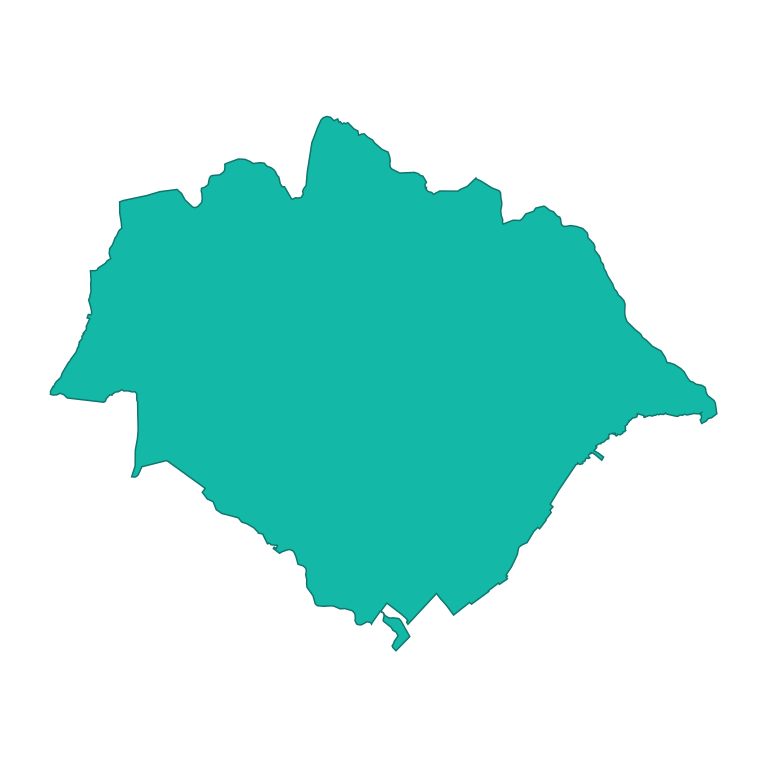 Blagesti, Bacau, Romania, rotated 181°
{"feature_id": "2599482B12123686105802", "entity_name": "Blagesti", "entity_type": "district", "adm_level": 2, "iso_a3": "ROU", "parent_name": "Romania", "parent_adm1": "Bacau", "projection": "albers", "projection_center": [26.623, 46.673], "detail": "fine", "context": "isolated", "style": "filled", "palette": "teal", "viewbox_px": 768, "rotation_deg": 181, "n_neighbors": 0, "source": "geoboundaries", "source_scale": "gbopen_adm2", "svg_char_len": 6137}
<svg xmlns="http://www.w3.org/2000/svg" viewBox="0 0 768 768"><g transform="rotate(181 384 384)"><path d="M552.0,590.2L558.9,589.5L560.9,588.8L562.2,586.5L563.3,580.3L566.6,577.6L569.9,576.5L570.1,573.6L569.3,570.7L569.0,565.6L569.5,562.3L573.6,557.8L576.0,557.1L578.4,557.5L586.2,564.7L589.6,570.8L594.3,574.9L611.5,572.4L624.4,568.3L647.5,563.0L651.5,561.5L651.2,550.3L649.6,541.4L648.9,535.1L651.1,533.4L652.3,531.4L653.8,527.6L655.4,525.4L657.8,518.6L660.7,514.5L661.0,509.3L659.4,504.5L662.9,502.4L664.8,499.7L671.8,495.0L672.9,492.8L675.4,492.2L679.5,492.2L678.7,482.8L679.0,479.6L678.6,470.9L679.6,467.3L679.3,466.6L680.8,462.9L678.7,456.2L677.7,451.7L677.6,449.3L678.2,447.9L680.8,448.4L682.0,444.9L679.3,444.1L682.8,436.1L682.3,434.7L682.8,433.5L682.8,432.4L684.1,431.5L685.6,429.4L684.8,429.1L686.9,426.4L686.5,424.4L689.4,420.7L689.6,420.1L689.2,419.8L690.1,417.5L690.0,415.8L690.9,415.0L692.5,410.3L697.9,402.9L698.3,401.5L699.8,400.1L705.9,389.3L707.3,384.9L711.3,381.0L713.0,378.6L714.1,375.5L714.8,375.8L717.3,371.0L717.3,367.8L714.9,367.2L710.7,367.5L707.8,369.1L704.1,367.8L700.4,364.5L663.9,360.9L662.3,361.9L661.4,364.6L658.0,368.4L655.7,368.1L655.1,369.3L652.4,371.3L649.5,371.6L645.9,373.7L644.1,372.5L639.9,372.7L635.8,371.7L632.8,371.9L631.0,369.9L630.9,364.1L630.6,362.7L630.1,362.4L629.0,333.6L629.6,325.0L631.5,313.4L631.4,297.7L634.7,286.8L631.4,286.6L629.7,287.4L628.1,289.1L624.7,297.0L600.7,303.5L599.3,303.3L561.0,276.6L563.8,272.5L558.5,265.8L552.8,263.4L549.5,255.4L543.8,251.7L527.3,247.7L523.8,243.4L518.9,242.0L511.7,238.0L507.4,233.7L507.0,232.7L502.7,231.9L497.9,222.5L497.4,222.1L496.8,222.9L495.2,222.4L494.1,221.3L487.7,220.8L488.8,217.6L491.0,218.9L491.8,217.6L485.5,212.9L482.8,214.6L477.0,216.7L474.8,216.7L472.4,215.7L470.8,213.9L469.0,209.8L466.8,202.3L461.8,200.8L459.6,199.1L458.6,197.1L458.4,194.7L459.0,192.3L457.8,186.9L457.9,183.5L457.4,179.3L451.3,171.1L448.9,163.1L446.8,161.2L440.4,160.7L432.7,161.3L430.2,161.0L423.9,158.4L419.2,158.8L411.9,156.8L409.6,154.6L408.9,152.6L408.6,149.8L408.8,146.9L408.3,145.6L406.8,143.3L404.7,142.8L402.5,142.8L396.7,146.0L393.2,145.2L392.3,143.7L391.8,145.0L383.9,156.6L380.7,155.1L379.8,152.6L380.7,147.9L380.3,146.7L372.5,140.8L370.8,137.9L367.4,136.0L365.5,132.4L369.3,126.8L369.9,124.6L371.3,122.3L370.6,120.7L367.4,117.5L353.8,131.9L363.1,147.7L365.1,149.7L371.0,150.4L373.6,150.0L375.7,150.5L379.0,152.6L380.7,155.3L383.2,156.8L377.3,165.0L362.9,154.4L357.9,150.1L356.0,148.0L357.1,147.0L357.1,145.9L355.9,144.2L327.8,175.5L323.6,170.1L317.8,163.9L310.4,154.2L294.6,167.1L292.7,165.4L275.6,178.4L276.1,179.0L266.2,186.9L265.1,185.7L257.9,190.8L257.2,191.6L258.5,192.9L257.2,194.1L258.6,195.2L253.4,203.3L250.9,208.6L247.7,215.9L246.7,221.8L246.0,223.5L242.9,225.7L238.2,227.9L231.8,239.0L227.8,243.3L225.9,242.0L219.8,250.2L219.6,250.9L220.0,251.3L214.6,258.4L215.8,260.9L212.9,264.1L215.7,266.7L207.0,281.6L190.7,306.7L189.4,307.2L189.0,308.4L187.0,307.0L184.0,307.8L183.7,308.3L184.1,309.2L183.3,310.0L182.0,310.1L180.8,313.3L177.8,313.2L176.9,313.8L178.3,315.5L178.1,316.8L176.9,317.5L176.7,318.4L175.4,318.3L175.1,319.1L171.7,317.1L164.9,311.6L163.2,314.8L168.9,319.0L173.0,321.0L170.3,324.0L170.3,325.2L171.2,325.3L171.0,326.0L168.0,327.9L166.1,328.1L166.0,328.8L163.1,330.0L160.8,332.3L158.3,333.3L159.0,334.3L158.3,334.5L158.3,337.4L156.2,338.3L154.9,338.1L154.2,338.9L153.5,337.9L152.6,337.7L152.9,338.5L152.3,338.9L151.8,338.7L152.1,338.1L151.3,336.9L151.5,336.5L150.4,336.2L149.1,337.8L147.1,337.3L144.5,338.9L144.0,340.3L142.9,340.4L141.4,341.8L142.1,343.1L141.7,344.2L142.4,345.7L140.0,347.9L139.9,348.8L138.1,350.9L138.5,351.5L136.7,352.3L134.6,354.6L132.8,354.6L130.7,355.6L130.0,357.4L130.5,358.4L130.1,358.8L124.5,357.2L123.8,356.9L123.5,355.4L122.7,355.1L122.1,355.4L122.1,356.1L120.4,356.2L118.5,357.2L114.9,356.6L113.9,357.3L111.6,357.6L110.4,358.6L108.8,358.0L107.0,358.7L104.2,358.4L101.9,359.4L101.9,359.8L100.7,358.8L91.0,356.8L89.3,356.9L87.7,358.1L84.8,358.0L82.9,359.0L80.4,358.3L73.7,359.9L68.3,359.6L66.1,360.9L67.0,358.8L66.1,357.9L66.0,355.2L67.2,353.7L65.7,350.1L61.3,352.5L59.1,355.2L55.8,356.0L50.7,360.1L52.4,370.6L53.2,372.2L53.9,373.4L60.2,378.1L61.9,381.7L62.4,384.8L63.1,386.4L66.1,388.2L71.9,389.2L75.2,391.3L77.9,392.1L80.5,395.3L84.2,401.5L87.7,404.7L94.0,408.6L98.8,410.1L101.3,410.3L103.6,415.9L107.5,421.8L116.2,426.3L122.5,432.4L126.3,435.0L128.0,438.0L129.3,439.3L133.8,442.7L142.1,450.6L144.1,455.8L144.6,459.9L144.4,467.9L145.5,471.4L148.6,474.9L151.3,477.1L152.8,480.4L155.4,483.2L157.0,487.8L162.4,496.2L164.1,500.4L165.9,502.9L166.8,507.4L169.4,510.6L169.7,512.8L170.9,515.6L175.5,521.3L175.8,522.4L175.5,524.7L176.9,528.1L182.7,534.0L182.8,536.8L183.6,538.8L187.9,542.9L194.4,544.9L200.1,545.7L205.3,544.7L207.5,544.9L209.2,546.4L209.7,547.6L210.3,552.0L211.2,553.9L213.9,555.0L217.5,559.2L221.1,560.4L226.3,564.3L227.3,564.6L235.4,562.5L237.4,559.3L245.3,556.5L248.6,551.7L250.8,549.9L257.7,550.0L267.7,546.0L268.3,547.4L268.2,550.5L269.7,554.3L270.3,559.5L269.4,564.8L269.5,568.0L270.3,571.5L270.8,577.0L271.7,578.7L272.7,579.4L279.4,581.9L291.1,588.9L295.5,590.7L295.7,591.5L304.1,583.1L311.4,579.7L313.2,578.2L331.7,577.9L337.9,574.5L339.7,576.4L342.9,577.1L345.1,579.1L345.0,581.1L345.9,580.6L346.4,583.4L346.3,584.8L345.0,586.4L348.7,592.5L351.1,593.1L353.6,595.0L357.4,596.1L371.9,595.2L379.6,598.9L381.5,600.7L382.1,604.6L381.6,607.1L382.2,610.8L383.9,615.9L390.0,618.5L397.7,624.9L399.6,627.7L404.6,630.5L408.1,633.8L411.0,633.4L413.7,632.2L414.5,636.5L418.6,638.6L424.6,644.6L426.9,643.7L428.6,644.3L430.3,643.2L432.3,645.5L433.5,644.9L434.9,648.2L438.7,646.4L442.0,649.7L445.8,650.5L449.3,649.2L451.6,646.8L454.8,639.4L460.3,624.1L464.4,594.7L465.3,581.2L467.9,577.5L468.7,575.1L467.9,572.1L468.9,571.3L469.6,569.3L473.0,568.4L475.7,568.7L478.7,567.2L479.7,567.5L486.9,579.5L489.2,579.4L491.2,582.4L492.8,589.1L494.3,590.5L496.2,594.2L498.0,596.4L500.3,598.1L505.1,599.9L507.5,602.7L511.3,603.1L518.8,602.2L521.9,604.2L526.9,606.2L533.6,606.4L546.5,601.4L547.0,600.9L546.8,597.9L547.1,595.0L548.3,593.0L552.0,590.2Z" fill="#14b8a6" stroke="#0f766e" stroke-width="1.5"/></g></svg>